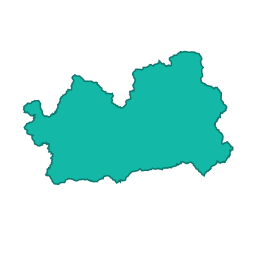 Mae Chaem, Chiang Mai, Thailand, rotated 77°
{"feature_id": "78962969B34643742441867", "entity_name": "Mae Chaem", "entity_type": "district", "adm_level": 2, "iso_a3": "THA", "parent_name": "Thailand", "parent_adm1": "Chiang Mai", "projection": "orthographic", "projection_center": [98.301, 18.574], "detail": "fine", "context": "isolated", "style": "filled", "palette": "teal", "viewbox_px": 256, "rotation_deg": 77, "n_neighbors": 0, "source": "geoboundaries", "source_scale": "gbopen_adm2", "svg_char_len": 5769}
<svg xmlns="http://www.w3.org/2000/svg" viewBox="0 0 256 256"><g transform="rotate(77 128 128)"><path d="M172.7,124.2L173.1,120.3L173.8,117.9L173.3,116.2L173.7,114.6L172.7,113.2L174.0,111.3L174.4,109.1L174.1,107.4L175.1,106.5L175.4,105.2L176.3,104.1L175.2,103.0L174.9,102.0L175.5,101.1L175.2,99.7L175.7,99.3L176.0,98.1L175.6,96.2L176.5,95.0L175.8,94.1L175.7,89.6L174.0,88.5L174.3,87.9L175.3,87.7L174.4,85.2L174.4,84.0L173.0,84.0L173.2,82.4L175.9,78.8L175.4,77.9L175.8,77.4L175.2,75.4L175.8,73.8L176.9,73.4L177.1,72.7L178.3,72.3L178.9,72.6L180.3,71.5L183.0,70.8L183.9,69.3L186.4,68.5L187.6,67.0L190.1,66.2L190.5,65.5L191.7,64.6L189.3,63.1L189.0,61.9L188.1,61.3L188.0,59.5L187.4,59.0L187.3,58.2L186.6,57.9L186.7,56.9L186.2,56.3L184.8,56.0L184.1,55.1L183.7,52.1L182.4,49.6L180.5,48.8L180.5,48.1L182.1,47.3L182.1,46.8L183.0,46.1L182.5,44.5L182.7,44.0L182.2,43.5L182.5,43.3L182.5,42.3L182.8,42.5L183.2,42.0L183.2,41.3L179.8,38.2L179.4,37.4L178.4,36.9L178.8,35.9L177.8,35.7L177.7,35.2L177.4,35.5L176.5,34.4L174.9,34.2L173.7,33.2L173.1,33.7L172.4,33.5L172.9,31.0L170.3,30.3L169.3,32.1L168.6,31.8L167.9,32.5L166.9,32.6L163.9,34.4L163.8,34.9L164.4,35.8L164.3,37.6L165.2,39.2L164.4,39.8L163.4,40.0L161.3,39.2L160.3,38.1L159.3,38.3L158.1,37.4L157.0,37.4L155.1,37.8L154.7,38.4L154.1,38.2L152.5,39.9L150.2,40.1L150.1,41.1L149.5,41.9L148.2,41.9L145.4,42.9L144.6,42.4L144.5,42.7L143.4,42.6L143.4,42.1L142.0,41.5L141.7,40.9L141.9,40.6L140.8,39.3L140.0,39.5L139.8,38.8L139.1,38.5L139.0,37.7L138.1,37.6L137.9,36.6L138.4,35.7L136.6,35.5L134.1,34.3L134.8,33.5L134.8,32.5L133.5,31.4L133.7,30.6L133.3,30.2L133.1,29.1L132.6,28.5L131.1,28.7L130.8,27.6L129.5,27.1L127.8,27.9L125.9,29.7L124.5,29.4L121.4,31.0L114.9,29.2L114.2,29.5L113.6,30.5L111.9,30.3L111.0,31.3L108.7,32.0L108.1,33.8L109.1,35.3L108.2,35.7L107.7,36.8L106.4,37.2L104.4,41.6L103.5,42.1L103.3,43.1L102.1,43.1L100.9,45.3L99.9,46.1L95.6,46.0L95.2,44.9L94.4,43.8L92.5,43.4L90.9,43.7L87.4,43.0L85.9,41.1L83.8,42.4L79.4,42.4L77.9,40.9L76.6,40.5L74.3,41.0L73.4,41.6L71.8,42.0L69.9,45.6L69.1,46.0L68.9,47.5L68.2,48.6L68.1,51.2L66.3,55.3L66.3,58.0L65.5,59.5L66.4,59.8L65.9,60.8L67.3,63.5L68.1,64.2L67.4,66.5L67.6,67.4L68.3,67.6L68.6,68.3L68.9,69.4L68.5,70.0L69.2,71.8L71.0,72.2L73.2,70.9L76.6,71.6L76.9,72.0L76.9,72.9L76.0,73.8L75.9,74.5L76.5,75.0L76.0,75.7L76.6,76.7L75.1,78.1L74.2,78.1L73.2,78.8L73.3,80.1L73.0,80.5L69.5,82.5L71.7,83.3L71.6,84.2L72.2,85.5L72.0,88.0L73.2,89.4L72.4,90.7L71.5,91.3L71.2,92.0L71.4,92.8L72.2,93.6L73.1,96.4L72.4,99.5L73.7,99.9L74.5,101.3L73.6,103.0L72.6,107.3L73.9,108.3L74.7,109.9L75.9,111.2L76.9,111.4L79.8,110.7L80.5,110.9L82.6,109.9L85.7,111.8L87.2,113.5L89.0,113.6L90.5,113.0L92.9,113.8L92.4,115.1L93.1,115.7L92.8,118.1L94.4,118.1L96.0,118.7L97.4,118.4L100.2,118.8L100.8,123.3L102.3,124.3L103.5,124.0L104.6,124.5L107.1,128.7L106.8,130.3L105.6,130.9L105.8,132.7L104.0,133.3L103.5,134.9L102.3,134.9L101.6,136.5L100.4,136.9L99.8,138.0L99.2,138.2L97.5,136.9L95.4,137.3L93.4,135.1L92.2,135.6L90.9,135.4L90.8,137.2L89.6,140.3L89.6,141.5L87.6,141.6L87.5,142.5L85.4,145.1L83.2,144.6L82.2,145.8L79.4,147.1L79.4,147.8L78.6,148.3L77.0,147.8L76.3,148.8L76.1,151.4L74.3,152.9L72.6,160.0L70.9,160.5L66.5,163.5L65.9,166.2L64.3,167.9L65.4,170.2L66.5,171.2L69.4,170.2L71.2,171.0L71.9,172.4L73.0,172.5L73.9,173.7L75.0,173.9L75.6,173.6L77.8,174.4L78.1,175.4L77.0,177.7L78.5,178.3L78.4,179.3L78.9,179.9L80.4,180.2L81.2,182.1L81.5,184.0L82.6,185.0L83.0,186.4L84.0,186.6L84.2,187.3L84.7,187.6L86.6,187.9L87.1,188.7L88.0,188.7L88.4,189.7L89.4,190.4L89.4,191.2L91.9,191.4L94.6,193.8L95.4,193.8L95.8,194.5L95.5,195.1L96.0,195.5L96.2,194.8L96.7,194.7L97.7,197.0L97.2,197.7L97.9,197.7L97.5,199.0L98.0,199.1L97.9,200.0L99.3,201.1L99.3,202.7L97.9,204.8L98.2,205.6L97.9,205.6L97.8,206.3L96.6,207.5L95.6,208.0L93.9,208.2L92.4,207.7L88.7,208.9L87.3,208.4L86.1,208.6L84.9,207.7L81.2,209.0L80.9,211.6L80.4,212.7L81.0,214.4L80.8,215.5L82.3,217.1L81.3,220.4L82.1,221.1L83.5,224.3L84.3,224.8L85.6,224.9L86.4,225.5L88.4,224.7L89.3,225.5L90.2,223.8L89.7,222.4L90.8,222.2L94.2,219.8L94.5,218.3L93.9,216.5L94.3,215.6L95.0,216.9L95.7,217.4L96.8,216.4L96.8,217.2L97.5,218.0L99.1,217.7L100.8,220.8L100.4,222.7L100.9,223.2L100.8,224.2L101.2,224.4L101.1,225.7L102.6,226.9L104.0,228.9L106.0,228.5L107.7,226.5L109.2,227.4L110.7,227.5L112.0,225.8L113.7,222.3L114.3,223.3L116.4,223.8L118.3,223.2L119.8,222.3L122.5,222.5L124.0,220.4L125.0,219.8L125.6,218.0L125.1,216.3L125.2,215.7L124.3,215.9L124.4,214.6L123.5,214.6L123.4,214.0L124.0,213.3L124.0,211.9L125.1,211.2L124.4,210.7L125.7,210.3L125.5,209.1L125.8,208.6L127.0,209.0L128.0,208.7L128.4,209.7L129.9,210.9L130.4,210.5L130.6,209.7L132.4,209.9L133.4,210.5L133.7,208.9L134.6,208.3L135.8,208.7L136.0,207.2L137.0,207.1L137.5,207.7L138.8,207.7L139.4,209.4L140.2,210.0L141.8,208.7L142.7,209.5L144.0,209.7L144.4,210.3L145.9,210.3L146.1,211.2L147.2,212.5L149.2,212.9L148.8,214.1L149.6,214.1L150.0,216.0L150.7,215.7L153.2,217.0L153.9,216.9L154.4,217.3L154.5,218.3L155.4,218.6L156.3,217.4L156.1,216.5L157.8,214.7L159.0,214.8L161.5,213.8L163.1,213.7L165.8,212.3L167.2,208.4L166.0,206.1L166.8,201.9L164.4,200.3L164.3,198.1L163.8,197.0L164.4,196.4L164.6,195.3L166.0,192.7L167.0,192.0L168.0,189.6L167.3,187.3L167.7,185.5L167.5,184.7L167.9,184.0L167.8,182.9L168.9,181.6L168.7,179.2L170.1,178.2L170.1,177.3L170.5,176.8L171.3,176.6L171.1,175.3L172.0,175.0L172.0,174.2L172.8,173.3L172.7,172.1L173.3,170.1L171.8,167.8L171.8,165.9L171.2,164.9L171.8,163.7L169.7,162.5L169.8,158.5L170.7,157.1L172.8,155.8L173.5,154.8L175.2,154.3L175.9,152.3L177.2,152.3L179.0,151.4L178.1,148.7L177.1,148.4L177.2,148.0L178.7,147.5L177.1,146.8L178.1,145.6L177.9,144.7L178.4,143.4L177.9,141.9L175.7,141.3L174.7,138.5L173.4,137.3L171.5,134.1L171.7,128.4L170.5,125.3L172.7,124.2Z" fill="#14b8a6" stroke="#0f766e" stroke-width="1.5"/></g></svg>